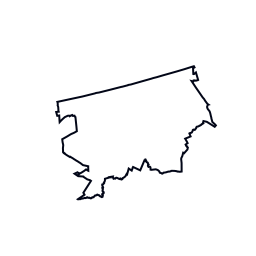 the district of Pijijiapan, Chiapas, Mexico, rotated 121°
{"feature_id": "50627088B85792572299721", "entity_name": "Pijijiapan", "entity_type": "district", "adm_level": 2, "iso_a3": "MEX", "parent_name": "Mexico", "parent_adm1": "Chiapas", "projection": "natural_earth1", "projection_center": [-93.116, 15.653], "detail": "fine", "context": "isolated", "style": "outline", "palette": "ink", "viewbox_px": 256, "rotation_deg": 121, "n_neighbors": 0, "source": "geoboundaries", "source_scale": "gbopen_adm2", "svg_char_len": 5577}
<svg xmlns="http://www.w3.org/2000/svg" viewBox="0 0 256 256"><g transform="rotate(121 128 128)"><path d="M41.1,103.4L48.7,110.1L54.7,115.6L61.2,121.7L64.7,125.0L69.7,129.6L72.2,132.1L73.7,133.4L80.4,139.7L88.1,146.9L89.2,147.9L91.0,150.0L91.4,150.1L92.1,150.8L92.4,151.1L95.5,154.1L96.2,154.9L97.1,155.8L104.2,162.8L108.7,167.3L109.4,168.0L112.6,171.2L114.4,173.4L115.3,174.1L116.5,175.3L124.5,183.3L132.8,192.2L142.0,202.0L142.5,201.4L144.0,200.3L144.5,200.1L144.8,200.0L145.0,199.7L146.0,198.6L148.3,197.0L149.0,196.6L149.7,195.8L151.3,197.8L154.0,194.9L152.7,193.4L157.1,190.4L158.2,189.6L156.2,189.2L153.9,188.6L151.3,187.8L148.6,186.0L147.9,185.1L147.6,184.4L147.9,184.0L147.4,183.7L146.9,183.4L146.5,183.3L145.7,182.6L145.8,182.5L145.9,182.3L146.1,181.8L145.9,181.6L145.7,181.0L145.6,180.8L145.2,180.7L145.0,180.2L145.5,179.8L145.6,179.4L145.7,178.7L153.4,172.9L157.1,170.2L159.6,171.6L161.5,172.9L162.1,173.4L163.5,174.2L166.4,175.7L171.5,178.6L173.8,176.8L175.9,174.8L176.2,174.6L178.8,173.4L180.9,172.0L182.1,171.3L182.3,169.6L182.6,169.7L182.8,166.4L182.8,162.9L182.4,162.8L182.4,160.8L182.4,160.1L182.4,159.2L182.5,158.3L182.5,156.4L182.6,155.3L182.5,154.4L182.6,152.5L182.6,150.8L183.0,147.5L181.3,142.4L181.7,142.2L185.1,140.0L185.2,140.7L185.1,142.6L187.4,143.5L190.4,145.0L191.5,145.7L194.1,146.7L191.9,146.8L192.1,147.9L192.0,148.5L194.7,150.3L194.9,146.7L194.6,146.7L194.9,145.8L192.6,141.3L192.8,141.1L193.0,136.4L192.3,133.7L192.4,132.5L206.5,132.9L207.6,130.9L214.9,134.3L214.9,134.1L214.5,133.8L214.3,133.3L213.9,133.1L213.8,132.9L213.6,132.3L213.4,132.0L213.1,131.8L212.5,131.7L212.3,131.6L211.9,130.6L211.6,130.3L211.1,129.8L210.2,129.2L210.2,128.8L210.1,128.5L209.8,128.3L209.7,128.1L209.3,127.7L209.1,127.5L208.8,127.5L208.4,127.4L208.3,127.1L208.4,126.7L208.3,126.0L207.8,125.5L207.7,125.4L207.7,124.9L207.6,124.7L207.6,124.0L207.5,123.7L207.3,123.5L207.2,123.4L206.9,123.4L206.8,123.2L206.4,123.2L206.2,123.0L206.0,122.9L205.8,122.9L205.5,122.6L205.5,122.4L205.2,122.3L205.1,122.2L205.0,121.9L204.8,121.9L204.6,121.8L204.0,121.7L203.7,121.7L203.4,121.6L203.0,121.6L202.8,121.4L202.5,120.8L202.3,120.7L202.0,120.7L201.5,120.2L201.3,120.1L201.0,120.1L200.9,120.0L200.8,119.8L200.9,119.2L200.9,118.9L200.7,118.7L200.7,118.4L200.5,118.1L200.5,117.9L200.9,117.0L200.9,116.7L200.6,116.2L200.5,115.6L200.8,115.4L200.8,115.0L200.7,114.8L200.4,114.7L200.1,114.4L199.4,114.6L198.6,114.9L198.4,115.2L198.3,115.9L198.1,116.0L197.7,116.1L197.4,116.0L197.0,115.5L196.9,115.4L196.5,115.3L196.1,115.4L195.5,115.8L195.4,116.1L195.3,116.5L195.5,116.6L195.5,116.8L195.3,117.2L195.0,117.5L194.3,117.8L193.9,117.8L193.5,118.0L193.3,118.1L193.3,118.3L193.2,118.4L192.8,119.0L192.7,119.1L192.3,118.7L192.2,118.6L191.9,118.6L191.5,119.0L191.3,119.3L191.1,119.8L190.7,120.1L190.5,120.5L190.2,120.7L189.7,121.0L188.9,120.3L188.6,120.2L188.4,120.3L188.0,120.3L187.8,120.2L187.6,120.1L187.3,120.4L187.2,120.6L186.8,120.6L186.6,120.5L186.2,120.4L185.0,120.7L183.4,121.6L179.5,118.0L179.3,117.6L179.1,117.8L179.1,118.0L177.4,116.0L177.8,115.9L178.6,114.8L178.9,114.4L178.9,114.1L178.6,114.0L178.1,113.6L178.0,113.0L177.9,112.8L177.1,112.7L176.8,112.6L176.6,112.4L176.3,111.2L176.3,110.5L176.2,109.6L176.2,109.1L176.0,108.8L175.6,108.7L175.2,108.6L175.1,108.3L175.6,107.2L175.2,106.8L174.5,106.5L173.9,106.7L173.6,106.7L173.1,106.3L171.5,105.6L170.0,105.3L169.0,105.5L168.0,105.5L168.1,104.9L162.4,106.5L162.6,102.9L160.9,103.2L159.3,103.6L158.8,103.6L158.0,95.7L147.6,97.2L147.6,96.9L147.4,96.5L147.4,96.4L146.7,96.6L146.3,96.9L146.1,97.0L146.0,96.9L145.9,96.8L145.9,96.7L146.4,96.2L146.6,95.8L146.8,95.6L146.8,95.4L147.2,94.9L147.6,94.5L147.7,94.3L147.5,93.4L147.6,93.1L148.4,92.4L148.7,92.0L148.7,91.8L148.7,91.7L149.5,91.8L149.9,91.6L150.0,91.4L150.3,91.3L150.5,90.9L150.7,90.6L150.8,90.4L150.7,90.3L150.4,90.1L150.0,89.7L149.9,89.2L150.0,88.8L150.1,88.6L150.7,88.1L152.1,87.2L151.8,86.4L149.1,82.9L148.7,80.9L148.9,79.5L149.1,78.7L149.9,77.8L149.9,77.4L149.5,76.2L149.6,75.6L149.6,75.4L149.4,75.0L149.0,74.8L148.7,74.7L148.3,74.7L147.8,74.4L147.4,73.7L147.0,73.3L146.7,72.9L146.5,72.7L145.9,72.1L145.7,72.0L144.7,71.1L144.5,70.9L144.4,70.5L143.1,69.1L142.5,68.9L142.3,68.5L142.0,68.2L141.8,67.8L141.7,67.6L141.1,66.6L140.2,64.7L140.2,64.3L140.0,64.1L139.8,63.5L139.8,63.0L139.5,62.5L139.2,62.1L139.2,61.8L139.1,61.6L138.5,60.6L137.7,59.6L130.3,64.1L130.2,64.2L127.3,66.4L126.3,66.8L124.0,67.0L120.7,68.0L120.6,67.5L120.7,66.9L115.8,66.0L114.0,66.6L113.9,67.5L113.3,67.8L113.4,68.8L112.5,70.1L110.3,69.1L109.5,70.3L109.4,70.5L109.2,70.8L107.7,73.5L103.0,70.0L101.0,72.6L100.8,72.5L100.7,72.3L100.2,72.1L100.0,71.9L99.6,71.4L99.4,71.2L99.2,71.1L98.6,71.0L97.2,71.1L96.9,71.2L96.4,71.4L96.0,71.3L95.6,71.0L95.5,70.7L95.5,70.3L95.3,69.9L95.1,69.8L94.7,69.6L94.3,69.6L94.0,69.7L93.0,69.5L92.6,69.7L92.3,69.8L91.5,69.7L91.3,69.5L90.6,68.7L89.4,67.9L89.1,67.9L88.8,67.5L87.4,66.8L86.9,66.9L86.7,66.8L86.3,66.4L85.7,66.3L85.5,66.1L85.4,65.9L85.2,65.8L85.0,66.1L84.8,66.4L84.5,66.4L84.2,66.6L83.2,66.9L82.2,63.9L82.1,63.6L82.3,54.3L80.5,54.0L80.1,55.2L79.4,58.7L79.2,59.0L78.2,60.0L76.9,61.4L76.0,62.1L75.5,62.7L73.0,65.1L71.7,66.6L70.6,69.5L70.0,70.3L69.2,71.1L67.4,71.5L67.0,71.5L66.9,71.5L66.5,71.1L66.4,72.4L64.8,76.2L64.0,77.6L63.3,79.8L61.2,84.4L58.3,90.8L55.0,97.7L54.8,97.1L54.5,96.0L54.3,95.9L54.2,95.9L53.6,96.1L53.4,96.2L53.0,95.7L52.9,95.4L52.8,94.7L52.4,94.4L52.2,94.0L52.1,93.8L52.0,93.6L51.9,93.5L51.5,93.3L51.1,93.1L50.9,92.7L50.7,92.6L45.4,98.4L47.6,99.1L48.0,99.5L48.1,99.8L43.3,103.0L41.8,102.2L41.1,103.4Z" fill="none" stroke="#020617" stroke-width="2"/></g></svg>